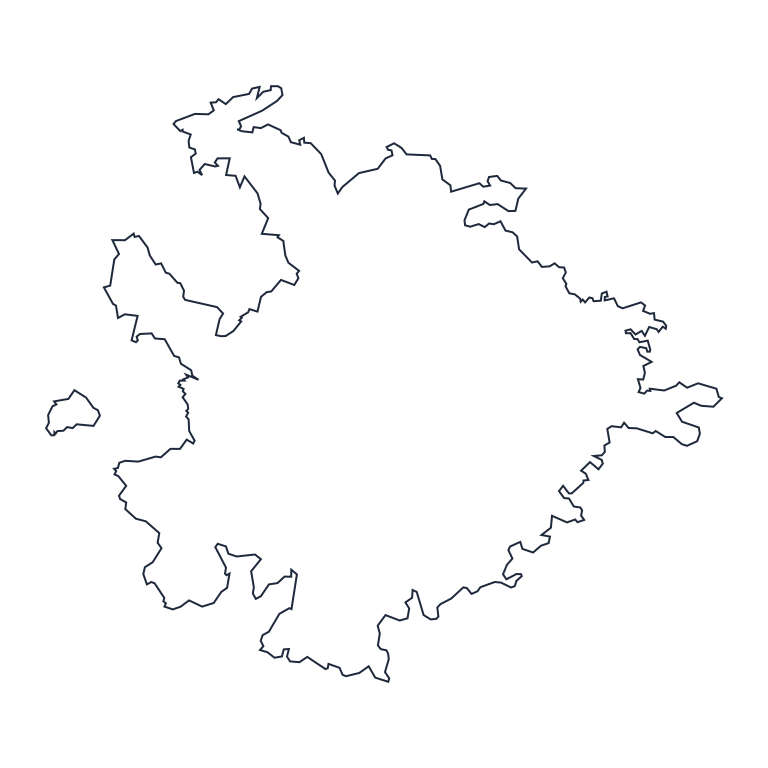 outline of Chiautla, Puebla, Mexico
{"feature_id": "50627088B89573035265708", "entity_name": "Chiautla", "entity_type": "district", "adm_level": 2, "iso_a3": "MEX", "parent_name": "Mexico", "parent_adm1": "Puebla", "projection": "orthographic", "projection_center": [-98.6, 18.284], "detail": "fine", "context": "isolated", "style": "outline", "palette": "slate", "viewbox_px": 768, "rotation_deg": 0, "n_neighbors": 0, "source": "geoboundaries", "source_scale": "gbopen_adm2", "svg_char_len": 6093}
<svg xmlns="http://www.w3.org/2000/svg" viewBox="0 0 768 768"><path d="M173.5,124.0L180.2,131.0L182.6,129.8L182.6,131.5L190.7,134.5L188.6,140.9L189.3,147.5L194.9,149.4L195.7,153.6L190.9,157.2L194.0,173.0L197.3,171.7L202.1,175.1L199.5,170.0L204.7,164.0L215.3,166.5L217.9,165.8L214.8,162.5L217.5,158.4L229.7,158.3L226.1,175.0L235.6,175.8L239.9,187.3L244.5,176.4L257.5,193.3L260.6,203.8L259.9,209.1L268.2,218.1L261.8,233.8L278.9,235.2L277.5,237.3L283.3,240.9L285.3,255.3L288.4,262.7L299.1,270.9L296.7,273.7L298.4,278.2L294.3,285.0L281.0,279.9L271.2,291.5L266.8,292.1L261.0,296.8L257.5,311.6L249.4,309.1L248.2,312.3L240.6,316.8L241.8,317.8L239.2,320.3L241.2,321.4L233.4,331.0L225.7,336.0L221.0,336.2L215.9,335.1L219.6,319.1L223.1,313.5L217.0,307.1L185.2,299.9L183.2,296.9L184.0,290.7L180.3,283.2L177.4,282.8L169.4,273.7L165.8,272.7L161.1,263.4L155.7,264.5L149.8,255.5L147.6,247.6L139.0,236.0L134.6,236.9L133.7,233.6L125.0,240.2L112.4,240.1L119.0,254.0L114.3,259.4L110.2,285.6L103.9,287.4L113.0,303.9L116.0,305.7L118.0,318.0L124.9,314.3L137.6,315.9L131.6,340.3L136.0,342.2L137.8,340.4L136.6,336.7L139.9,334.0L151.6,333.4L155.0,338.5L164.7,339.2L174.1,355.9L179.0,357.4L180.9,363.7L191.2,370.3L192.3,375.6L198.5,379.8L186.1,374.6L188.0,377.4L183.3,379.4L184.4,380.6L179.8,380.6L178.3,383.4L180.4,384.9L178.6,386.7L183.6,388.9L182.8,391.2L185.4,394.0L182.6,397.2L187.7,404.5L188.2,408.9L186.3,411.0L188.2,412.7L186.1,416.6L188.6,419.3L189.2,431.0L194.6,440.7L193.2,443.5L186.7,439.6L180.0,448.9L170.4,448.9L160.9,457.3L155.6,456.6L138.3,461.6L125.2,460.8L119.3,462.8L117.9,468.0L114.1,468.8L116.2,471.1L114.5,474.4L118.2,476.0L126.2,485.8L119.0,495.7L120.1,499.0L126.2,502.5L125.3,509.1L135.9,518.7L145.8,521.3L159.3,533.1L157.6,542.7L161.5,548.2L152.7,562.2L144.9,567.2L143.3,574.0L146.9,584.4L151.4,582.0L154.6,583.3L164.3,597.9L163.4,601.3L165.9,603.3L164.5,606.6L172.8,609.4L180.6,606.7L189.0,600.4L202.2,606.6L213.7,603.0L221.3,591.9L227.1,587.8L229.5,573.6L226.4,575.2L225.0,573.6L226.0,567.7L215.3,547.1L217.7,543.8L225.9,546.4L228.4,553.7L236.7,556.5L255.0,554.5L260.9,559.2L251.1,571.3L253.9,587.4L252.8,593.4L255.8,598.9L260.9,596.2L268.9,584.4L277.5,583.1L284.5,576.6L291.2,576.7L291.3,569.7L296.9,574.4L291.5,609.1L289.3,608.2L279.4,613.8L268.9,631.7L262.6,635.2L260.7,640.8L263.4,646.2L260.0,650.0L267.4,652.2L274.5,657.7L281.9,656.5L283.8,649.4L288.9,649.0L287.0,656.6L290.1,661.4L299.4,662.2L307.3,656.9L325.5,669.1L327.7,668.2L328.5,663.9L339.5,667.8L342.6,674.8L346.0,676.2L359.2,673.0L368.7,666.3L375.2,677.6L388.2,681.8L389.2,678.4L385.0,672.1L388.8,659.1L388.1,653.7L386.4,650.3L380.7,649.1L377.9,645.4L379.8,633.6L377.7,625.6L385.5,615.1L399.7,620.5L407.5,618.3L409.2,608.4L405.4,602.4L412.1,597.8L412.6,590.0L416.7,591.9L423.6,615.0L430.6,619.4L436.2,618.9L438.4,616.6L437.3,607.5L440.5,604.1L451.3,598.5L463.3,587.4L466.8,588.0L471.5,593.9L477.5,591.3L480.4,587.2L494.8,582.0L501.0,582.6L511.0,587.5L514.8,586.1L516.4,580.9L521.7,576.2L521.1,574.2L516.5,574.0L506.4,579.3L503.0,574.3L507.0,564.7L512.4,558.6L508.4,550.1L510.1,546.5L520.3,541.9L522.4,548.9L533.1,552.5L541.0,545.7L548.6,543.1L550.0,536.6L541.5,535.0L550.9,527.7L552.0,515.8L567.0,522.4L575.2,519.5L577.5,522.2L584.2,519.9L581.1,515.7L582.1,510.4L580.4,507.5L573.8,506.5L569.0,498.5L564.1,498.1L559.0,491.1L563.1,485.8L568.9,493.4L571.7,493.4L583.3,482.9L583.5,480.5L588.4,480.0L585.8,473.7L581.1,470.7L590.0,462.1L598.5,469.3L602.8,463.6L601.7,459.9L593.9,456.0L601.8,455.3L604.8,451.9L604.4,445.5L609.6,442.5L607.3,428.9L611.6,426.2L621.2,427.3L624.1,422.7L628.6,428.0L636.7,428.3L652.7,433.3L655.7,431.0L665.2,437.0L673.3,437.0L681.9,444.2L687.0,445.8L697.2,441.2L699.9,433.7L698.8,427.5L682.0,421.7L676.7,413.0L693.9,402.7L701.2,405.8L713.4,406.7L721.9,398.3L718.8,397.0L716.4,388.7L698.1,383.3L687.1,387.7L679.3,382.3L676.1,385.7L664.2,390.5L649.8,388.7L650.3,390.9L647.1,390.6L644.3,393.6L638.6,392.1L640.5,387.9L637.9,379.2L643.2,379.5L644.9,372.9L643.4,366.0L651.6,361.9L640.0,355.0L637.6,349.4L640.0,346.9L646.3,348.2L647.3,351.7L649.8,351.7L650.3,349.7L647.7,340.6L639.4,342.3L637.6,339.1L634.2,339.0L630.6,333.2L625.9,333.2L625.5,330.7L630.6,329.3L635.5,334.5L641.7,330.9L644.9,335.8L649.2,327.0L656.7,329.2L658.6,331.9L662.7,326.7L665.8,328.7L666.2,325.8L663.0,321.6L654.6,319.6L654.0,313.1L650.1,313.8L643.1,310.9L645.1,305.5L641.0,302.4L622.6,308.3L617.8,306.1L614.0,298.3L604.7,300.4L604.8,296.9L607.6,296.4L606.5,291.7L601.8,293.5L600.8,300.7L593.6,301.2L592.4,298.2L589.3,297.5L585.1,302.4L582.7,299.6L580.7,301.7L580.2,298.7L574.8,294.3L569.3,293.3L565.5,286.2L566.4,284.0L562.8,278.2L565.8,272.4L564.1,267.5L559.0,267.2L554.6,263.3L549.8,266.3L541.9,266.9L537.6,261.3L532.0,262.5L519.1,249.3L517.1,236.4L512.6,232.3L505.5,230.6L500.5,221.3L493.8,224.2L489.1,223.5L484.7,227.1L478.7,224.1L470.1,226.7L465.1,225.3L464.5,220.3L468.8,209.6L483.5,203.9L484.3,201.3L489.9,205.0L497.7,204.1L508.4,211.1L515.4,210.9L518.3,198.6L526.0,188.6L515.6,188.2L510.2,183.0L500.9,180.5L497.2,175.9L489.0,177.0L487.6,181.2L490.1,185.6L483.2,186.7L479.4,183.2L451.1,191.7L450.4,185.3L442.4,179.4L440.1,165.8L435.4,159.1L431.8,158.9L430.2,155.4L406.6,154.4L401.5,147.9L394.1,143.3L386.6,147.0L388.1,149.8L391.5,150.4L392.5,155.3L385.6,158.4L377.7,168.8L358.9,173.1L342.3,187.1L337.8,193.5L334.5,185.5L335.0,180.6L328.6,172.6L321.2,154.1L310.6,143.1L304.3,142.7L303.9,137.8L299.2,140.3L300.2,144.7L290.9,142.2L288.4,136.6L281.6,132.8L280.6,130.2L268.0,124.4L260.9,128.1L253.7,127.1L252.3,132.4L241.7,131.2L237.1,129.3L239.2,129.6L241.1,126.3L238.8,121.1L261.9,110.8L277.1,100.9L282.5,95.0L281.2,88.2L277.9,86.2L271.0,86.2L270.7,90.1L263.2,91.8L256.9,98.1L259.6,86.9L252.0,88.6L249.1,93.9L233.1,97.1L225.8,104.1L218.5,99.2L216.0,102.3L210.7,102.6L213.8,110.4L208.4,114.3L194.9,113.9L176.1,121.0L173.5,124.0ZM74.4,390.2L68.4,398.9L54.1,401.4L56.4,404.4L52.5,406.3L48.1,415.1L48.9,422.7L46.1,428.3L51.3,435.3L54.3,435.2L54.4,432.1L55.7,433.5L57.4,431.1L63.5,430.7L67.1,427.1L72.7,428.1L76.7,424.3L93.5,425.9L99.9,415.7L97.9,410.2L93.4,407.8L86.1,397.6L74.4,390.2Z" fill="none" stroke="#1e293b" stroke-width="2"/></svg>